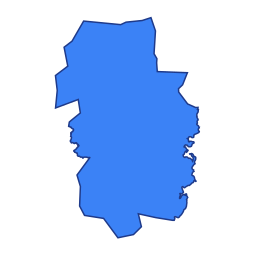 Chandmani-O'ndor, Hövsgöl, Mongolia (orthographic projection), rotated 177°
{"feature_id": "93677404B22883692380177", "entity_name": "Chandmani-O'ndor", "entity_type": "district", "adm_level": 2, "iso_a3": "MNG", "parent_name": "Mongolia", "parent_adm1": "Hövsgöl", "projection": "orthographic", "projection_center": [100.637, 50.505], "detail": "fine", "context": "isolated", "style": "filled", "palette": "blue", "viewbox_px": 256, "rotation_deg": 177, "n_neighbors": 0, "source": "geoboundaries", "source_scale": "gbopen_adm2", "svg_char_len": 5495}
<svg xmlns="http://www.w3.org/2000/svg" viewBox="0 0 256 256"><g transform="rotate(177 128 128)"><path d="M99.3,237.0L108.2,234.6L124.4,233.8L129.9,231.6L166.7,237.1L179.3,217.7L187.6,212.0L184.9,192.9L197.7,184.2L196.7,169.2L199.3,151.8L176.2,159.1L174.8,145.5L184.3,138.6L186.3,137.0L187.2,132.8L186.6,132.4L186.4,132.5L186.2,132.5L185.3,131.8L185.0,131.9L184.7,131.7L184.5,130.9L184.0,130.7L183.5,130.1L182.8,130.0L182.4,128.9L183.3,127.8L183.3,127.4L183.6,127.1L184.5,127.0L185.1,126.2L185.4,126.1L185.4,125.9L185.0,125.7L184.9,125.2L185.0,125.0L185.4,124.8L185.4,124.6L185.3,123.8L185.7,122.6L185.0,122.1L184.9,121.9L184.9,121.7L185.0,121.3L185.0,120.9L185.2,120.6L185.3,119.7L185.7,119.1L185.9,119.0L186.0,118.5L186.2,118.3L186.3,118.2L186.2,117.5L186.1,117.3L185.8,117.1L185.7,116.8L185.5,116.6L185.4,116.3L185.3,116.1L185.1,116.1L184.8,116.4L183.8,116.3L183.5,115.9L183.2,115.8L182.5,115.3L182.1,115.4L182.0,115.7L181.7,115.8L181.4,115.9L181.0,115.6L180.8,115.7L180.5,116.0L180.3,115.9L180.1,115.8L180.1,115.2L179.8,114.7L179.3,114.7L179.1,114.3L178.6,114.1L178.6,113.9L179.0,113.4L179.0,113.2L178.2,113.3L178.0,113.2L178.0,112.8L178.6,112.0L179.0,111.7L179.6,111.3L179.8,111.2L179.8,110.9L179.9,110.7L180.5,110.4L180.8,109.8L181.2,109.5L182.0,109.1L182.7,108.3L183.2,108.3L183.3,108.0L183.3,107.7L183.0,107.4L182.6,107.2L182.5,106.6L182.3,106.5L181.8,106.4L181.2,106.1L180.9,105.7L180.6,105.7L180.1,105.6L180.0,105.2L180.0,104.8L179.8,104.2L180.0,103.8L180.0,103.5L179.7,102.8L179.1,102.4L178.1,102.4L177.8,102.3L177.4,101.8L176.9,101.4L176.1,101.4L175.8,101.3L175.3,101.3L174.9,100.9L174.8,100.4L174.5,100.3L174.4,100.4L174.4,100.7L174.0,101.0L173.8,101.1L172.9,101.2L170.4,101.0L170.0,100.6L169.7,100.5L169.0,100.6L167.9,100.6L167.7,100.5L167.7,100.4L181.4,83.7L178.6,72.1L180.4,52.6L176.0,43.0L157.1,39.0L143.8,18.9L128.1,21.3L119.8,28.7L122.2,41.8L105.1,37.1L88.4,33.5L86.7,33.4L86.6,33.5L86.4,34.3L86.0,34.8L86.0,35.3L86.3,36.4L86.2,36.7L86.0,36.9L85.6,37.0L85.1,36.9L82.7,35.8L81.6,36.3L81.1,36.8L80.8,37.4L79.5,38.4L78.6,39.5L77.3,41.4L76.7,42.7L76.6,43.2L76.4,43.5L75.8,44.0L75.3,44.1L74.5,45.0L74.4,45.6L73.9,46.2L73.8,46.7L73.5,48.2L73.4,48.9L73.2,49.8L73.1,50.7L73.2,51.5L73.2,51.8L73.0,52.6L73.2,53.1L73.3,53.4L72.9,53.8L72.7,54.6L72.0,55.5L72.3,56.1L72.5,56.7L73.0,57.3L73.0,58.9L73.1,59.1L73.5,59.1L74.1,59.0L74.4,58.9L74.5,57.9L75.8,58.6L76.4,58.5L77.1,58.1L78.0,57.4L78.9,55.8L79.4,55.1L80.0,54.9L80.2,55.1L80.1,55.4L80.1,56.0L79.9,56.8L79.3,57.9L79.2,58.4L79.2,58.6L79.3,58.9L79.7,59.6L79.6,59.8L79.1,59.9L78.5,59.4L78.0,59.4L76.3,60.5L76.0,60.9L76.1,61.6L76.6,62.9L76.9,63.8L77.3,65.4L77.3,65.9L77.2,66.1L76.9,66.5L76.3,66.6L75.3,65.6L75.1,65.5L74.5,65.4L73.5,66.2L72.2,66.8L71.3,67.4L70.8,67.5L69.9,67.4L69.5,67.6L67.8,68.9L67.3,69.5L66.6,69.9L66.0,70.0L65.7,70.3L65.5,70.5L65.1,71.6L64.8,71.9L64.5,71.8L63.3,71.2L63.1,71.1L62.9,71.2L62.9,71.5L63.6,72.4L63.9,73.0L64.1,73.7L64.3,75.2L64.7,76.2L65.3,76.8L66.2,77.1L66.4,77.3L66.7,77.9L66.1,79.7L65.6,80.5L65.1,80.9L64.4,81.2L64.8,82.1L64.8,82.4L64.7,82.7L65.3,83.0L65.9,83.6L66.1,84.0L66.2,84.7L66.2,85.0L65.6,86.3L65.1,86.7L64.3,87.8L63.6,88.5L63.2,88.5L62.9,88.9L63.0,89.2L63.2,89.5L63.4,90.3L63.3,90.6L63.4,91.2L63.3,91.4L62.7,91.8L62.1,93.0L61.9,94.3L61.9,95.0L62.0,95.3L62.1,95.5L62.4,95.7L62.9,95.7L63.3,96.0L63.7,96.6L64.4,98.0L64.7,98.5L65.3,99.0L65.8,99.2L66.2,99.1L67.9,98.9L68.3,98.7L67.4,98.7L66.8,98.9L66.4,98.8L66.2,98.5L66.2,97.6L66.1,97.3L65.9,96.7L65.0,95.8L64.7,95.3L64.5,94.5L64.5,93.8L64.6,93.2L64.8,92.4L65.3,91.6L65.5,92.4L65.8,92.8L66.8,93.8L67.6,94.5L68.1,94.6L69.0,94.5L70.3,95.8L70.7,96.0L72.0,96.1L72.7,95.6L73.5,96.0L74.1,96.8L74.3,97.1L74.3,98.3L73.6,98.7L73.2,99.0L72.9,99.9L72.6,100.7L71.9,101.6L71.0,102.1L70.5,102.0L70.3,101.9L70.2,101.8L70.7,101.3L70.8,101.0L71.0,100.9L70.8,100.7L70.0,101.4L69.6,102.0L69.3,102.3L69.2,102.4L69.2,102.6L69.4,102.8L70.5,103.7L70.9,104.4L71.3,105.0L71.4,105.7L71.5,106.0L72.4,106.1L72.8,106.0L73.0,106.2L72.9,106.4L72.7,106.6L72.6,107.1L72.4,107.5L71.5,108.1L70.8,107.9L70.1,107.9L69.7,107.5L68.7,106.2L67.4,106.0L66.9,106.0L65.7,106.4L65.3,107.0L65.0,108.1L64.8,108.5L64.0,109.1L63.0,109.5L62.8,109.9L62.9,110.5L63.2,110.8L64.4,110.9L65.5,111.4L67.3,111.5L67.4,111.4L67.5,111.2L67.3,111.1L67.8,110.8L68.0,110.9L68.3,110.7L68.1,111.0L67.7,111.2L68.0,111.5L68.3,111.8L68.3,112.7L68.4,113.2L68.3,113.8L68.5,114.3L69.1,114.1L69.3,114.2L69.4,114.4L69.1,114.5L68.9,114.4L68.4,114.5L67.6,115.9L67.2,116.1L66.2,116.0L65.6,115.9L65.3,115.7L64.9,115.2L64.1,115.0L63.0,115.2L62.9,115.4L62.7,116.4L62.6,116.7L62.7,117.2L62.7,117.3L61.9,118.0L61.6,118.2L59.5,118.9L58.2,119.5L57.7,119.7L57.2,120.2L57.0,120.6L57.0,120.9L57.1,121.0L57.2,120.8L57.4,121.0L57.6,121.6L57.9,122.2L57.9,122.8L57.8,123.2L57.7,123.7L56.9,124.4L57.0,124.7L56.9,124.9L57.2,124.9L57.2,125.4L57.3,125.6L57.4,126.0L57.6,126.5L58.5,127.3L58.7,127.6L59.0,127.7L59.1,127.9L59.0,128.2L59.0,128.7L58.8,128.9L58.5,129.1L58.4,129.4L58.6,130.1L58.6,130.4L58.7,130.6L58.7,130.8L58.4,131.6L57.8,132.1L57.7,132.3L57.9,132.5L57.6,133.0L57.7,133.3L58.0,133.7L58.2,134.2L58.5,134.8L58.6,135.4L58.7,135.6L58.5,135.8L58.4,136.1L58.6,136.3L58.7,136.6L58.6,137.1L58.5,138.4L57.9,139.1L57.7,139.7L57.3,140.0L57.3,140.4L57.0,141.0L56.9,142.2L57.3,142.5L56.8,142.6L56.7,142.8L56.9,143.1L57.3,143.2L57.3,143.8L57.0,144.9L59.4,144.9L67.2,148.9L75.5,161.2L75.5,164.6L71.2,168.3L65.8,180.1L95.8,182.8L96.0,191.6L95.5,195.7L98.1,200.8L95.5,223.5L99.3,237.0Z" fill="#3b82f6" stroke="#1e3a8a" stroke-width="1.5"/></g></svg>